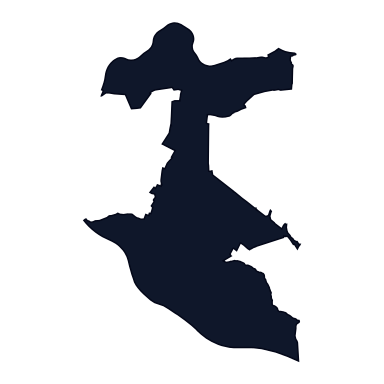 Zevenaar, Gelderland, Netherlands
{"feature_id": "6326949B47672258677140", "entity_name": "Zevenaar", "entity_type": "district", "adm_level": 2, "iso_a3": "NLD", "parent_name": "Netherlands", "parent_adm1": "Gelderland", "projection": "mercator", "projection_center": [6.087, 51.928], "detail": "fine", "context": "isolated", "style": "filled", "palette": "ink", "viewbox_px": 384, "rotation_deg": 0, "n_neighbors": 0, "source": "geoboundaries", "source_scale": "gbopen_adm2", "svg_char_len": 5882}
<svg xmlns="http://www.w3.org/2000/svg" viewBox="0 0 384 384"><path d="M230.4,59.1L227.9,60.8L224.1,62.5L214.4,65.6L211.4,66.2L209.4,66.3L206.8,65.7L204.5,65.0L201.5,63.2L200.1,61.9L199.3,60.9L198.5,59.7L197.6,57.7L196.2,55.2L193.7,51.9L193.0,50.6L192.6,49.7L192.2,47.7L192.1,45.9L192.2,44.9L193.4,40.9L193.6,39.6L193.6,38.4L193.4,36.9L193.0,35.4L192.4,34.0L191.7,32.8L190.8,31.5L188.9,29.7L181.0,24.7L177.7,23.4L174.7,23.0L173.2,23.1L171.7,23.5L169.8,24.1L168.0,25.0L163.6,28.5L158.7,31.6L157.0,33.0L155.3,35.2L154.5,36.5L154.1,37.5L153.6,39.2L153.2,42.5L152.7,44.5L151.6,46.9L150.7,48.1L148.8,50.1L143.8,53.5L139.5,57.3L138.2,58.2L135.7,59.5L133.6,60.1L131.0,60.3L128.3,60.0L126.7,59.4L124.7,58.5L122.9,58.0L120.7,57.8L119.3,57.9L117.7,58.3L114.7,60.0L113.3,61.0L111.0,63.2L109.5,65.1L108.3,66.9L107.3,69.0L106.5,71.1L105.9,73.4L104.9,79.7L104.2,82.5L102.9,86.6L101.7,89.8L102.8,90.2L103.2,90.6L102.9,92.1L101.5,95.3L101.4,95.8L101.8,95.7L105.5,93.1L106.3,92.8L109.5,92.9L114.1,93.7L125.4,94.5L131.5,108.7L136.6,108.3L140.4,107.8L150.7,93.6L149.9,93.0L151.6,91.6L154.1,90.3L155.3,89.9L157.1,89.6L172.0,87.4L172.4,87.6L174.0,89.9L178.2,89.3L181.7,90.3L180.6,94.4L180.5,96.1L179.8,100.2L179.9,100.8L174.8,100.8L172.1,101.8L171.5,116.2L171.1,123.6L170.7,125.4L170.8,125.5L170.7,125.5L170.0,128.9L169.3,133.1L162.3,144.0L175.2,150.6L171.5,157.2L172.4,157.7L172.3,157.8L169.2,161.1L167.3,163.3L164.9,168.8L162.8,168.0L162.2,170.9L161.1,179.9L161.1,181.3L161.8,184.7L161.3,184.6L161.0,186.2L157.4,184.9L157.2,185.5L155.3,188.5L154.0,187.3L150.0,192.4L151.8,193.4L154.7,194.0L155.5,197.2L153.6,199.6L153.7,200.2L153.6,200.6L154.5,201.1L151.4,205.9L151.9,206.6L152.8,207.2L151.8,210.9L150.9,213.6L149.4,213.3L148.7,215.6L145.8,214.5L144.1,219.1L140.8,219.3L138.6,218.3L136.9,217.9L135.4,217.0L132.2,214.4L131.7,214.2L127.5,214.1L123.6,214.7L119.8,214.3L117.8,213.3L116.0,214.4L115.0,214.7L111.5,215.7L109.2,215.9L107.1,217.6L99.5,220.6L95.2,220.9L93.1,221.9L90.7,222.3L88.9,221.1L87.2,220.6L86.1,219.1L85.4,219.2L83.9,220.4L86.1,223.1L88.9,226.1L92.0,229.0L95.7,232.0L99.0,234.3L102.6,236.5L112.4,241.2L115.8,243.1L118.0,244.7L119.6,246.1L123.1,249.8L124.9,252.3L127.1,256.5L127.6,258.0L128.4,260.5L129.8,266.4L130.5,268.8L132.0,274.2L133.6,278.8L134.6,282.0L136.3,285.1L138.2,287.7L140.9,290.9L143.8,293.8L149.2,298.6L150.7,299.9L154.7,302.5L163.7,305.6L168.8,308.7L175.3,313.1L177.8,314.6L185.1,319.9L191.7,325.1L196.5,329.4L197.4,330.5L201.4,334.1L206.4,338.0L211.8,341.2L218.3,344.2L221.8,345.4L229.4,347.1L233.6,347.5L250.8,347.5L254.0,347.6L261.7,348.5L275.7,351.9L287.5,356.2L298.5,361.0L297.4,342.6L296.9,341.1L295.7,339.2L295.0,336.3L294.9,335.9L295.8,328.6L295.8,326.3L296.0,325.4L296.3,324.5L297.0,323.6L298.6,322.6L299.2,322.0L299.3,321.4L299.0,320.5L297.2,320.3L296.1,319.2L294.9,318.6L294.0,318.5L292.5,317.9L290.7,316.3L289.6,315.5L287.5,314.5L286.1,313.1L284.9,312.5L283.8,312.3L283.3,312.0L282.5,311.9L281.1,311.6L280.4,311.5L279.7,311.7L278.5,311.1L277.7,310.0L277.6,309.2L277.2,308.2L276.8,307.7L275.7,306.7L274.4,305.9L273.5,305.8L272.2,304.8L272.1,301.9L272.3,300.3L271.2,298.1L271.3,297.7L271.2,296.2L270.7,294.6L271.1,292.9L271.0,292.2L270.4,291.5L270.1,290.2L269.5,288.9L269.3,287.7L268.9,286.8L267.7,284.3L266.6,282.9L265.9,281.1L265.7,279.9L264.4,278.0L264.4,276.9L264.2,275.2L263.9,274.5L263.3,273.7L263.0,273.5L262.9,273.6L262.6,273.5L261.3,272.6L260.0,272.3L258.9,272.4L258.5,272.2L258.4,271.9L257.0,271.4L256.3,270.8L255.9,270.6L255.7,270.2L255.8,270.0L255.6,269.6L254.9,268.9L253.2,268.4L252.5,267.6L251.1,266.6L248.1,265.3L246.9,265.2L245.9,265.5L245.6,265.3L244.9,264.7L244.2,263.5L242.8,262.7L241.2,262.1L240.7,261.7L237.3,260.8L236.8,260.8L236.1,261.0L234.6,260.6L231.2,261.5L230.7,261.4L229.4,261.9L226.5,262.4L225.2,262.1L224.2,261.1L223.6,260.8L223.4,261.1L223.0,260.8L231.1,256.0L230.8,255.8L230.4,254.7L229.9,254.2L232.7,248.9L233.1,248.4L233.6,248.2L236.6,250.6L240.3,243.0L240.7,242.9L243.9,245.1L247.8,248.6L249.6,249.7L250.2,249.1L251.1,248.8L253.3,247.5L255.5,246.7L255.4,246.5L283.5,237.4L283.8,236.8L283.8,236.1L285.8,236.5L286.0,236.1L287.5,236.3L288.4,237.3L290.5,239.9L293.4,244.4L294.3,244.0L297.4,248.9L298.6,246.4L299.7,245.1L300.1,244.3L298.7,244.2L297.1,241.6L296.5,241.7L294.2,240.6L293.6,240.0L292.9,238.8L290.7,237.0L290.0,235.5L287.7,232.9L287.3,231.9L286.8,230.4L286.3,227.4L286.6,224.3L285.5,224.4L285.1,223.8L284.4,224.4L283.6,225.4L281.8,229.0L274.8,223.6L274.3,222.8L270.7,219.8L270.5,219.3L269.8,216.1L270.9,212.2L271.3,211.5L271.0,211.0L270.4,210.3L270.0,211.1L268.9,214.5L268.7,215.0L268.2,215.6L267.4,216.1L265.8,216.4L264.9,216.1L257.1,210.1L257.1,210.3L256.8,210.1L256.8,209.7L256.5,209.5L256.5,209.8L256.0,209.5L255.9,209.2L256.0,208.2L254.6,208.1L246.7,201.8L242.0,198.3L234.9,192.4L234.0,192.2L233.7,192.0L234.0,191.8L234.0,191.7L212.6,175.0L211.9,170.9L210.4,171.3L209.3,171.3L208.7,171.1L208.5,165.8L208.2,163.3L208.5,131.7L208.6,124.9L208.7,124.0L206.9,123.5L206.4,123.0L207.1,117.1L207.4,115.6L207.4,114.6L210.6,114.6L215.2,115.4L218.0,116.4L220.0,116.8L222.4,117.0L225.4,116.8L229.5,115.9L230.9,114.8L231.9,113.7L232.8,113.0L233.7,112.8L233.9,112.3L234.2,112.1L237.5,111.1L241.1,109.2L245.6,107.6L245.2,106.1L244.0,104.9L244.1,103.9L246.7,101.0L253.2,95.1L254.0,94.4L264.7,91.4L273.0,89.9L273.4,90.1L274.7,90.1L278.5,89.4L280.6,90.1L291.4,89.0L291.8,84.1L292.1,83.8L292.2,82.9L292.3,77.2L292.4,73.6L292.5,68.7L293.0,66.2L292.9,65.3L291.6,64.1L291.2,63.5L291.2,62.9L291.3,62.6L290.8,61.8L290.1,60.0L290.5,56.7L290.6,56.3L291.3,56.0L292.6,55.8L293.0,55.2L295.6,54.6L295.8,54.2L295.4,54.0L295.1,53.5L294.4,53.2L289.7,52.7L285.2,51.7L282.2,50.5L278.5,48.6L277.1,49.8L277.0,50.1L276.8,49.9L275.2,51.2L268.1,55.0L268.9,56.9L266.1,58.1L262.1,57.2L260.4,57.3L255.1,58.2L255.1,57.9L249.7,58.2L237.2,58.3L236.1,58.4L236.1,58.7L234.6,58.9L231.5,60.8L230.4,59.1Z" fill="#0f172a" stroke="#020617" stroke-width="1.5"/></svg>